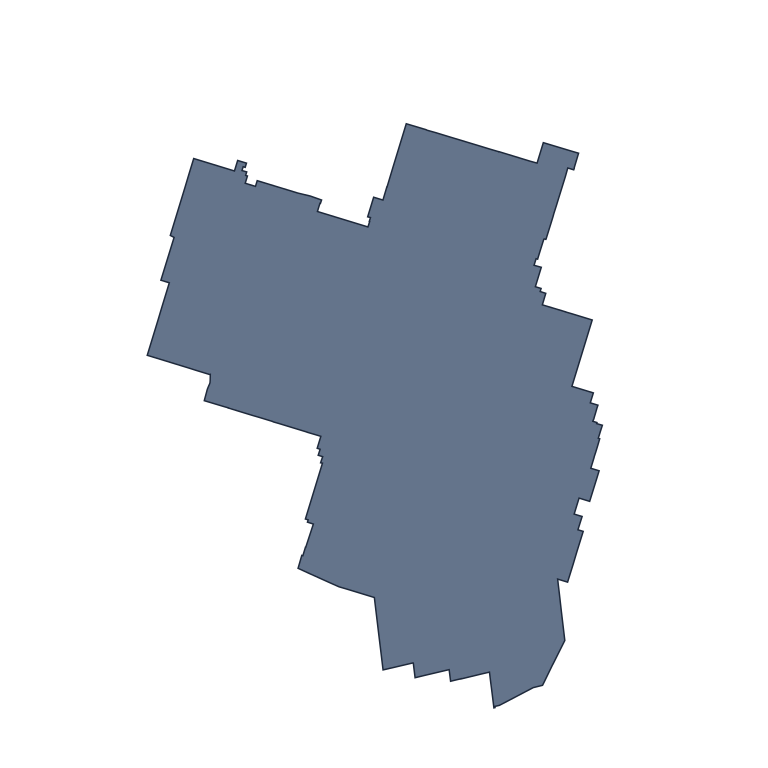 the district of Victoria Plains, Western Australia, Australia, rotated 17°
{"feature_id": "25037944B36470505967652", "entity_name": "Victoria Plains", "entity_type": "district", "adm_level": 2, "iso_a3": "AUS", "parent_name": "Australia", "parent_adm1": "Western Australia", "projection": "equal_earth", "projection_center": [116.32, -31.016], "detail": "fine", "context": "isolated", "style": "filled", "palette": "slate", "viewbox_px": 768, "rotation_deg": 17, "n_neighbors": 0, "source": "geoboundaries", "source_scale": "gbopen_adm2", "svg_char_len": 3734}
<svg xmlns="http://www.w3.org/2000/svg" viewBox="0 0 768 768"><g transform="rotate(17 384 384)"><path d="M355.7,585.4L368.4,587.1L382.5,588.9L389.6,589.8L400.2,591.1L408.4,591.0L410.0,591.0L420.3,591.0L426.8,591.0L437.2,591.0L442.0,601.9L448.5,616.6L452.6,625.9L459.4,641.2L466.7,657.7L471.9,654.7L472.3,654.4L474.5,653.2L483.4,648.0L493.2,642.3L493.4,642.3L493.6,642.3L499.6,655.8L508.2,650.7L529.8,638.1L534.6,648.8L538.8,646.3L541.0,645.0L541.4,644.8L543.6,643.5L543.7,643.4L543.8,643.6L553.4,637.9L553.6,637.8L561.5,633.1L569.1,628.7L573.8,639.3L573.9,639.5L577.6,647.7L583.8,661.6L584.8,661.0L584.3,659.9L586.2,658.8L588.1,657.7L588.3,657.6L615.6,630.6L616.2,630.3L623.7,625.8L624.4,621.7L627.4,602.6L627.5,602.5L631.9,576.4L626.8,564.8L620.5,550.5L620.4,550.3L613.2,533.7L609.1,524.4L607.2,520.0L607.1,519.8L617.5,519.8L617.6,501.2L617.5,488.6L617.5,486.8L617.6,466.7L612.1,466.7L612.1,466.3L612.1,466.2L612.1,463.2L612.2,452.8L603.9,452.8L603.9,436.1L604.5,436.1L615.0,436.1L615.1,412.2L615.1,404.1L613.7,404.1L606.4,404.1L606.4,397.2L606.4,393.2L606.3,391.8L606.4,387.6L606.4,380.5L606.3,373.3L604.8,373.3L604.8,367.7L604.8,366.4L604.9,359.6L598.9,359.7L598.9,358.6L594.6,358.6L594.6,358.0L594.6,357.9L594.9,356.0L594.8,354.4L594.8,353.2L594.8,352.5L594.8,350.8L594.7,344.4L594.8,341.7L586.8,341.7L586.8,331.3L564.4,331.3L564.4,317.5L564.4,317.4L564.4,261.9L564.2,261.9L555.3,261.9L549.4,261.9L543.0,261.9L542.9,261.9L536.6,262.0L536.6,261.9L534.6,261.9L512.9,262.0L512.3,262.0L512.2,250.0L506.3,249.9L506.3,246.7L500.3,246.7L500.3,226.4L492.8,226.6L492.8,226.1L492.8,222.9L492.8,221.0L492.8,219.7L494.4,219.7L494.4,215.6L494.4,210.9L494.5,199.0L494.5,198.8L494.7,198.6L494.9,198.5L495.0,198.4L495.3,198.4L496.5,198.4L496.6,198.1L496.7,180.5L496.7,180.3L496.7,174.6L496.6,171.1L496.7,162.8L496.7,155.8L496.8,132.7L496.6,123.7L498.3,123.7L502.8,123.7L502.9,122.2L502.7,121.4L502.6,106.4L493.4,106.5L465.8,106.6L465.8,106.8L465.8,124.1L465.8,128.0L458.5,128.2L453.9,128.2L425.9,128.2L425.8,128.4L425.6,128.3L416.7,128.4L413.4,128.4L404.8,128.4L375.9,128.5L371.6,128.5L365.2,128.5L360.1,128.5L351.7,128.7L350.7,128.7L350.0,128.5L329.2,128.6L329.2,154.7L329.2,173.6L329.3,194.6L329.1,194.6L329.2,208.2L329.2,208.4L319.5,208.4L319.5,225.0L319.5,228.9L322.4,228.8L322.4,232.9L322.8,232.9L322.7,238.5L312.9,238.5L300.9,238.5L299.6,238.5L288.7,238.5L278.3,238.5L269.9,238.5L269.9,229.9L270.4,229.9L270.5,226.3L258.7,225.8L245.6,226.6L224.5,226.6L224.4,226.6L203.3,226.6L203.3,232.6L192.6,232.6L192.6,228.7L192.6,225.0L190.7,225.0L190.7,221.3L185.8,221.4L185.8,217.4L187.9,217.4L187.9,213.0L178.7,213.0L178.7,224.0L166.3,224.0L136.1,224.0L136.1,224.5L136.1,240.1L136.2,253.8L136.2,275.7L136.2,276.8L136.2,282.1L136.2,304.4L139.4,305.0L140.4,305.2L140.3,350.0L149.1,350.0L149.1,357.5L149.1,369.0L149.1,372.9L149.1,373.0L149.1,376.2L149.2,389.3L149.2,425.8L179.4,425.8L188.9,425.8L192.4,425.8L200.4,425.9L214.3,425.9L214.7,425.9L214.8,425.8L215.0,425.8L215.1,425.7L216.7,431.3L216.9,432.3L217.1,432.9L217.2,433.5L217.2,434.1L217.2,434.5L217.2,435.1L217.0,436.3L216.7,439.1L216.7,439.8L216.6,440.2L216.6,440.7L216.6,441.3L216.6,441.7L216.7,444.0L216.8,446.9L216.9,450.2L217.0,452.5L217.3,452.5L238.1,452.4L242.0,452.3L242.0,452.5L255.7,452.5L268.0,452.5L274.3,452.4L278.9,452.4L288.6,452.4L288.8,452.5L289.0,452.6L289.6,452.6L294.7,452.5L297.1,452.5L299.0,452.5L302.7,452.5L309.8,452.5L312.1,452.5L314.5,452.5L317.9,452.5L324.4,452.5L324.5,452.6L334.9,452.5L337.8,452.5L338.9,452.5L338.9,465.0L342.0,465.1L341.9,471.4L346.6,471.4L346.4,477.9L348.3,477.7L348.3,516.4L348.3,536.1L351.2,536.1L351.2,538.5L357.4,538.6L356.9,563.1L356.6,563.1L356.6,571.9L355.5,571.9L355.7,585.4Z" fill="#64748b" stroke="#1e293b" stroke-width="1.5"/></g></svg>